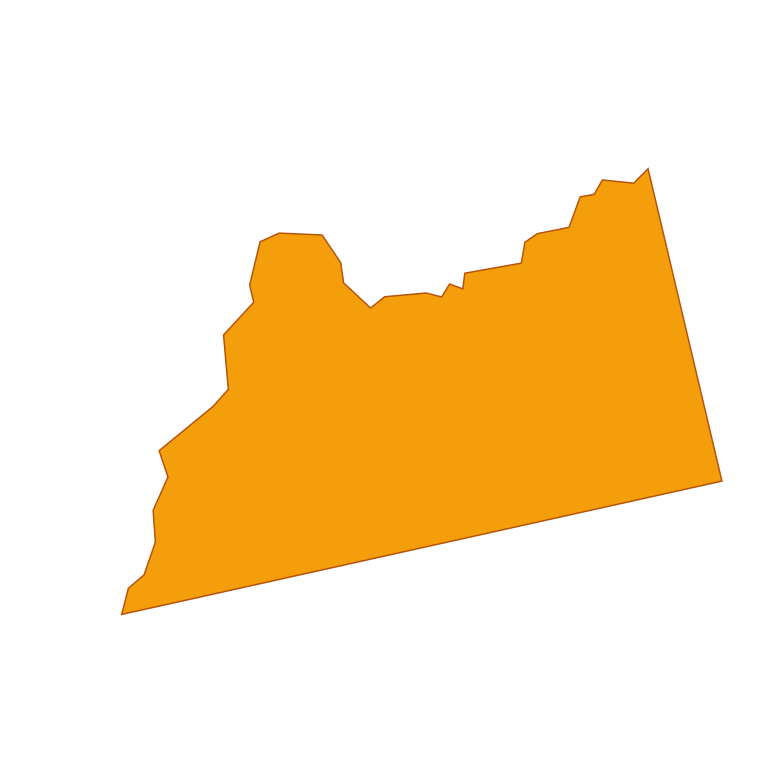 Cass, Illinois, United States of America (orthographic projection), rotated 347°
{"feature_id": "52423323B74744192559134", "entity_name": "Cass", "entity_type": "district", "adm_level": 2, "iso_a3": "USA", "parent_name": "United States of America", "parent_adm1": "Illinois", "projection": "orthographic", "projection_center": [-90.285, 39.999], "detail": "fine", "context": "isolated", "style": "filled", "palette": "amber", "viewbox_px": 768, "rotation_deg": 347, "n_neighbors": 0, "source": "geoboundaries", "source_scale": "gbopen_adm2", "svg_char_len": 601}
<svg xmlns="http://www.w3.org/2000/svg" viewBox="0 0 768 768"><g transform="rotate(347 384 384)"><path d="M149.9,398.4L152.6,426.0L130.6,455.3L125.7,486.6L107.3,516.0L89.0,525.5L76.6,549.5L691.4,554.6L691.2,515.1L689.7,233.7L672.4,244.5L642.7,234.3L631.4,246.5L617.3,245.8L599.5,273.0L567.2,272.0L553.2,277.6L545.0,297.1L487.7,294.2L482.2,309.1L470.4,301.3L459.7,312.2L445.5,304.8L404.3,299.1L388.0,307.0L367.4,276.4L369.1,256.1L357.2,224.9L315.9,213.4L295.3,217.5L275.4,257.3L275.4,275.1L238.7,300.1L231.1,354.2L212.4,367.4L149.9,398.4Z" fill="#f59e0b" stroke="#b45309" stroke-width="1.5"/></g></svg>